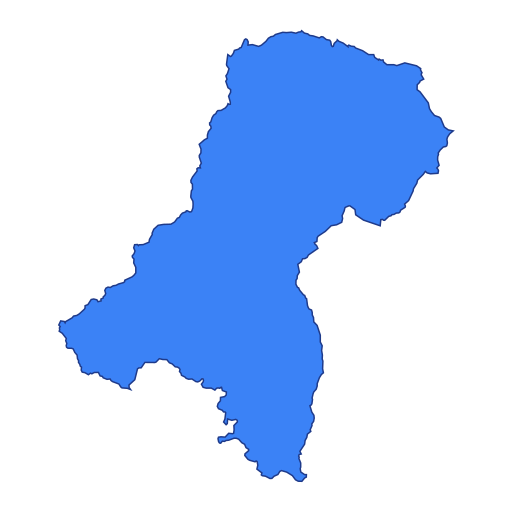 the district of La Ceja, Antioquia, Colombia
{"feature_id": "7082276B13386245967874", "entity_name": "La Ceja", "entity_type": "district", "adm_level": 2, "iso_a3": "COL", "parent_name": "Colombia", "parent_adm1": "Antioquia", "projection": "orthographic", "projection_center": [-75.43, 5.984], "detail": "fine", "context": "isolated", "style": "filled", "palette": "blue", "viewbox_px": 512, "rotation_deg": 0, "n_neighbors": 0, "source": "geoboundaries", "source_scale": "gbopen_adm2", "svg_char_len": 5998}
<svg xmlns="http://www.w3.org/2000/svg" viewBox="0 0 512 512"><path d="M306.3,477.1L306.4,474.6L304.6,474.6L300.8,472.0L300.2,468.7L300.7,467.1L300.7,463.0L298.9,458.5L299.2,457.1L298.6,456.1L299.2,454.5L301.2,454.0L299.9,451.3L304.6,444.2L305.1,440.5L306.8,437.4L307.4,434.1L310.8,431.4L310.2,429.7L312.0,425.6L311.8,423.9L313.6,421.4L314.2,418.1L313.9,415.3L311.8,412.1L309.9,405.7L311.3,404.9L311.9,403.7L312.5,399.5L312.1,398.0L313.1,393.7L313.8,391.9L316.2,389.2L317.2,386.0L317.2,383.6L319.4,377.7L321.4,374.5L323.4,372.8L322.6,368.8L322.9,361.1L322.2,359.0L322.4,355.1L321.6,350.5L322.2,345.8L320.3,342.0L320.3,335.2L317.1,325.4L313.8,321.9L313.5,317.5L312.3,315.0L312.2,312.3L311.5,310.0L309.1,309.0L308.3,307.7L307.5,305.6L306.6,298.7L305.6,298.0L304.7,295.4L303.5,294.9L299.7,290.3L298.6,287.8L297.5,287.4L295.9,284.2L296.0,280.2L297.1,278.6L297.3,275.6L299.4,272.1L297.8,264.3L301.3,261.7L302.5,258.8L304.9,258.6L307.1,257.4L308.4,255.0L317.9,248.4L316.5,245.4L315.2,244.4L314.3,242.6L316.9,241.5L317.2,237.6L318.1,236.2L325.4,231.3L331.2,225.7L336.6,224.8L341.7,222.3L342.6,218.6L342.1,215.7L344.2,210.9L344.9,207.8L345.6,207.2L349.0,205.8L350.0,205.9L355.0,209.5L355.7,214.8L363.5,220.1L380.2,225.8L380.8,219.6L382.6,219.4L383.5,220.2L384.7,220.3L388.8,216.3L391.0,215.8L391.9,214.7L394.0,214.4L396.2,213.1L398.8,212.9L400.0,212.0L400.6,210.2L405.1,207.3L405.4,206.1L404.6,204.1L408.6,200.6L413.1,191.0L413.5,188.7L416.8,183.3L417.6,180.0L423.3,174.3L425.3,171.4L427.1,172.9L430.5,173.8L438.0,173.3L438.5,170.8L438.0,169.4L436.8,168.0L439.1,165.3L437.6,160.0L437.7,156.7L438.5,154.4L438.2,153.0L440.2,150.0L443.3,147.0L445.8,146.5L446.8,145.7L447.4,143.0L446.9,139.2L447.6,136.9L449.7,133.8L453.2,130.9L448.3,129.9L444.3,127.0L440.7,118.4L439.1,117.1L434.5,115.5L431.4,111.8L429.5,108.7L428.3,102.9L420.0,91.8L417.1,89.7L417.2,84.8L419.6,82.4L420.1,81.0L423.7,79.1L421.3,75.0L421.4,73.6L422.0,72.8L420.5,69.9L420.7,68.6L416.6,65.8L404.8,62.9L396.8,65.6L393.8,64.7L386.9,64.7L383.6,62.0L383.0,59.9L380.9,60.2L379.1,59.1L378.6,60.0L374.7,57.4L373.7,54.6L368.6,54.6L362.6,50.7L355.6,48.0L354.2,46.5L351.2,46.2L348.8,45.1L347.8,45.9L347.9,46.6L343.2,43.1L338.9,41.3L337.3,39.8L337.1,40.7L334.2,43.4L333.3,46.3L332.3,46.6L331.4,45.4L330.7,41.6L329.7,40.2L326.4,39.6L323.0,36.9L321.3,36.7L319.3,37.9L313.1,35.9L309.6,35.4L307.8,33.9L304.4,33.1L301.6,30.7L300.9,31.8L298.5,32.1L295.9,33.2L291.4,32.2L286.4,32.6L282.8,32.3L275.4,34.5L273.4,36.2L270.9,36.7L268.4,38.2L265.9,41.4L261.4,45.2L258.6,46.4L252.4,44.6L248.0,45.1L248.2,41.8L247.1,39.6L245.8,38.9L244.5,39.7L241.2,47.5L239.6,48.0L238.7,49.1L234.4,50.4L233.4,53.3L231.4,56.1L230.5,56.5L227.8,54.6L226.5,64.3L226.7,65.5L229.0,68.7L227.4,73.6L225.9,75.9L227.0,79.2L225.8,81.3L228.0,87.7L230.6,89.6L230.6,92.3L228.6,96.2L230.3,102.1L230.3,104.2L229.1,104.4L228.0,103.7L227.3,105.6L225.4,107.9L221.1,110.4L217.9,110.6L216.7,111.8L215.9,113.6L213.6,115.2L212.1,117.7L210.8,121.9L209.6,122.9L209.7,124.9L210.8,126.1L211.1,128.3L208.4,131.6L207.4,135.1L207.4,138.2L204.4,139.8L199.2,144.3L201.0,149.1L200.9,152.9L199.3,155.4L199.3,157.1L201.3,163.1L199.8,165.9L200.4,167.9L198.1,167.8L196.9,168.8L197.1,171.0L192.6,176.9L190.9,180.3L191.0,182.4L192.4,184.2L192.5,189.2L191.4,190.8L190.8,196.2L190.9,197.5L192.9,201.2L193.1,204.2L192.9,207.9L191.8,211.0L191.1,211.8L189.8,212.0L187.1,210.7L186.2,210.9L185.9,211.8L182.4,213.1L180.6,215.0L179.4,217.4L177.4,218.2L174.6,222.0L170.9,224.2L163.5,224.4L158.1,225.3L153.8,229.2L152.1,233.2L152.3,234.4L149.5,239.3L149.0,242.2L143.2,244.6L139.1,244.8L138.4,245.6L137.4,244.5L134.6,244.7L133.7,247.8L135.0,251.0L134.1,253.6L132.2,256.0L132.5,257.4L134.0,259.1L133.7,262.9L135.8,267.4L135.8,272.9L133.8,275.4L132.0,276.9L124.8,280.2L124.6,281.7L123.5,282.6L118.5,284.0L116.1,285.3L113.1,285.8L110.3,287.5L108.0,287.1L105.9,288.2L104.8,290.4L105.7,293.6L104.8,295.5L103.3,296.7L103.2,298.0L100.9,299.1L101.1,300.9L98.0,301.7L96.9,299.8L93.7,299.0L91.2,299.5L87.9,304.6L85.1,305.7L85.0,308.2L84.4,309.2L79.4,313.8L76.9,315.4L73.5,316.1L72.2,317.8L65.6,321.6L65.1,322.8L64.3,321.5L60.7,320.9L58.8,325.0L60.2,326.6L59.4,327.9L59.7,329.6L59.2,331.2L62.3,333.3L66.3,338.5L65.7,340.7L66.8,343.4L66.2,345.7L66.6,347.3L67.9,348.2L71.7,348.3L73.2,348.9L74.8,352.4L77.1,355.1L77.5,358.7L78.6,360.7L78.5,362.4L79.8,364.3L80.3,366.2L81.5,367.1L81.2,370.1L82.2,372.1L85.0,372.7L88.4,374.7L90.4,373.2L91.9,373.8L94.2,372.5L98.4,372.4L100.1,375.9L102.4,376.4L103.2,377.8L107.0,379.3L110.1,379.0L111.0,380.5L112.5,381.6L118.9,384.0L120.8,387.0L122.0,387.9L127.3,388.3L130.5,389.5L129.1,387.5L129.0,385.0L134.8,379.7L137.5,368.8L138.9,367.9L141.2,367.8L144.9,362.4L154.8,362.5L156.0,362.1L159.3,358.7L162.8,359.5L166.8,359.6L169.4,362.8L172.2,363.9L175.2,366.8L177.5,367.1L179.1,368.1L180.0,369.4L179.5,371.5L181.0,373.3L181.5,375.3L184.9,377.0L186.1,378.3L188.5,379.2L192.0,379.0L195.9,381.6L197.8,381.9L199.8,381.0L202.0,378.8L203.0,378.9L203.5,380.3L203.2,381.8L201.4,384.2L203.1,387.3L206.1,388.1L211.3,388.1L214.9,390.1L216.5,388.3L218.0,387.9L219.9,388.3L220.5,387.5L221.5,387.3L222.4,390.5L226.4,392.0L226.2,395.0L224.6,396.6L220.5,397.4L220.4,400.8L218.1,403.5L217.3,406.4L218.5,408.7L222.3,410.3L223.5,411.9L225.1,412.0L225.7,412.7L224.9,419.1L223.6,422.0L226.1,424.7L227.3,423.6L227.6,419.0L231.8,420.3L235.8,419.4L237.2,420.3L237.4,421.3L237.2,422.1L233.9,425.5L234.1,430.0L233.6,433.3L232.6,433.7L228.7,433.3L225.1,437.1L221.0,436.8L218.5,437.2L218.0,438.7L218.6,441.7L219.5,443.0L220.7,443.2L222.3,441.2L224.6,441.4L226.0,440.5L228.7,440.2L234.1,438.2L236.4,438.3L238.7,439.2L241.8,442.7L244.6,444.3L246.0,447.6L248.6,449.3L248.6,450.7L245.0,453.8L244.8,455.5L247.9,459.3L249.7,460.3L255.1,461.8L256.1,461.0L257.1,461.5L257.8,465.2L256.9,469.1L261.9,472.9L261.3,474.9L262.3,475.7L265.5,476.2L270.0,478.5L271.9,478.4L274.1,476.2L277.9,474.5L279.8,471.4L281.5,470.6L286.7,472.1L292.4,475.6L295.5,479.8L298.2,481.2L301.9,481.3L304.6,478.0L306.3,477.1Z" fill="#3b82f6" stroke="#1e3a8a" stroke-width="1.5"/></svg>